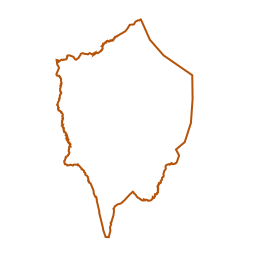 Tarlac, Tarlac, Philippines (Equal Earth projection), rotated 175°
{"feature_id": "2640588B80128813909947", "entity_name": "Tarlac", "entity_type": "district", "adm_level": 2, "iso_a3": "PHL", "parent_name": "Philippines", "parent_adm1": "Tarlac", "projection": "equal_earth", "projection_center": [120.673, 15.515], "detail": "fine", "context": "isolated", "style": "outline", "palette": "amber", "viewbox_px": 256, "rotation_deg": 175, "n_neighbors": 0, "source": "geoboundaries", "source_scale": "gbopen_adm2", "svg_char_len": 5814}
<svg xmlns="http://www.w3.org/2000/svg" viewBox="0 0 256 256"><g transform="rotate(175 128 128)"><path d="M164.1,46.3L161.7,30.8L161.6,28.7L159.8,21.4L156.7,20.9L154.4,27.4L154.6,28.5L154.5,30.9L153.7,32.5L153.2,33.1L153.6,34.5L153.5,35.0L152.9,35.3L153.0,35.8L152.5,36.1L152.2,37.2L150.1,42.3L149.3,45.9L149.1,48.7L149.4,48.9L148.1,50.6L147.8,51.3L146.5,51.8L145.4,52.7L141.5,53.5L137.7,56.4L131.8,61.8L128.7,64.1L128.0,63.2L127.8,62.4L126.4,61.2L126.2,60.8L125.3,59.0L124.2,57.8L121.9,56.2L121.9,55.9L121.1,55.4L120.8,55.0L119.5,54.4L119.1,54.9L118.8,55.1L117.9,54.6L117.9,54.8L118.3,55.3L118.3,55.5L117.0,55.0L115.5,54.8L114.8,54.5L114.5,53.8L111.9,53.8L110.4,54.7L109.8,55.4L109.4,57.0L108.3,56.0L107.8,56.4L107.8,57.1L107.1,57.7L107.2,58.7L106.8,59.2L106.8,59.6L105.5,59.4L105.1,60.0L104.6,60.0L104.1,60.7L104.4,61.2L103.6,61.7L103.6,62.8L103.8,63.7L103.7,63.9L103.3,64.1L103.4,64.8L103.2,65.1L103.5,65.6L103.2,66.4L103.6,66.6L103.5,67.0L103.7,67.3L103.3,68.0L102.9,68.1L102.8,68.6L102.6,68.5L102.3,68.8L102.1,69.5L101.8,69.6L101.7,69.9L102.0,70.1L101.9,70.4L101.4,70.2L100.9,70.3L100.8,70.6L100.6,70.8L100.3,70.5L100.2,70.6L100.6,70.8L100.1,71.4L100.2,72.1L99.7,72.5L99.6,72.9L99.0,73.1L98.9,73.5L98.5,74.0L98.4,75.5L97.7,76.1L97.0,76.3L96.7,76.8L96.6,77.6L96.7,78.8L96.6,79.7L95.9,81.0L95.6,82.1L94.7,83.0L93.9,84.1L93.8,84.5L94.1,86.0L93.6,87.1L93.0,87.6L92.9,87.9L92.2,87.9L90.9,88.4L90.5,88.4L89.9,87.8L89.3,88.0L88.9,88.3L88.6,88.8L87.7,89.2L87.3,88.4L87.0,88.6L86.6,88.2L85.2,88.0L84.2,88.5L83.9,88.8L83.6,88.6L82.4,89.6L79.5,96.2L82.1,102.4L72.7,109.0L64.9,127.5L61.1,151.4L59.4,175.0L86.2,197.2L98.5,214.0L105.7,235.0L105.9,235.1L107.2,234.2L107.5,234.4L108.3,234.4L110.3,233.8L111.5,233.0L113.1,230.7L117.3,230.6L119.7,227.3L122.3,224.5L124.0,223.8L126.0,222.7L126.7,222.6L129.9,220.9L130.3,220.9L130.7,220.6L131.1,220.1L131.8,220.2L132.3,219.9L132.7,220.0L133.2,219.6L133.4,218.9L133.7,219.0L133.9,218.3L134.5,217.9L134.4,217.6L134.6,217.2L135.0,216.9L135.2,217.1L135.4,216.7L135.5,216.5L136.1,216.5L136.3,216.6L136.3,216.3L136.5,216.3L137.2,216.4L137.6,216.3L137.7,216.8L138.0,216.9L138.7,215.9L139.0,215.8L139.6,216.2L140.1,215.9L140.7,216.2L141.0,216.7L141.7,216.4L142.2,215.7L142.2,215.3L142.5,214.9L143.3,215.2L143.8,214.5L144.4,214.3L144.7,213.7L145.3,214.0L145.3,213.7L145.6,213.6L145.8,213.0L146.3,212.5L145.6,212.6L146.5,210.6L146.3,209.6L146.6,209.4L146.7,208.7L147.0,208.1L147.4,207.7L147.8,207.9L148.4,207.3L148.6,206.7L149.1,206.6L151.5,205.2L152.6,205.7L155.6,204.0L154.5,205.8L157.4,204.5L159.7,206.0L161.5,204.8L162.8,205.4L164.7,205.6L166.4,206.5L168.0,206.2L168.7,205.8L169.2,204.6L170.2,203.6L171.0,202.2L172.8,201.2L173.5,200.6L174.5,200.9L175.5,202.2L176.1,203.6L180.0,205.5L181.4,205.4L181.6,205.2L181.9,205.4L182.4,205.0L182.6,203.1L183.0,202.8L183.3,202.0L183.5,201.9L185.0,201.6L186.5,201.7L187.2,201.4L188.2,201.9L188.8,201.7L191.2,200.0L191.8,201.5L193.2,202.0L193.0,197.7L192.6,196.5L192.0,195.7L191.5,193.8L194.6,188.0L194.6,187.0L194.0,186.3L193.2,186.3L192.8,186.0L192.1,186.0L191.4,185.1L191.6,184.6L190.7,183.7L190.8,183.2L190.4,182.5L190.7,181.1L190.5,180.1L190.5,179.5L190.2,178.8L190.5,177.9L190.9,177.8L190.8,177.5L191.0,177.5L191.1,176.8L191.3,176.6L191.2,176.3L191.4,176.1L191.3,175.9L191.7,175.8L191.5,174.5L191.8,174.0L192.3,172.8L192.2,170.0L191.6,169.7L191.4,169.0L191.7,168.4L191.6,168.2L192.7,167.3L192.8,166.6L193.1,166.3L193.3,164.9L193.3,163.9L193.7,163.8L194.2,163.2L193.9,162.1L194.2,161.8L194.5,161.0L195.0,160.6L195.8,158.9L196.0,157.9L196.5,157.6L196.6,157.3L196.0,157.1L196.0,156.6L195.8,156.2L195.9,154.6L195.3,154.3L195.5,153.7L195.6,152.9L196.0,152.9L196.0,152.3L195.1,151.5L195.0,151.1L194.4,151.0L193.7,150.5L193.5,149.5L192.9,149.6L192.7,148.9L191.8,147.4L191.8,146.4L192.5,145.6L192.0,144.4L192.2,144.0L191.8,143.7L191.8,143.1L191.9,142.9L192.2,143.3L192.5,143.0L192.3,142.5L193.1,140.9L192.8,140.5L193.2,139.9L193.2,138.6L193.5,138.4L193.4,138.1L193.2,137.9L193.1,137.5L193.2,137.2L193.2,136.9L193.1,136.6L192.6,136.7L192.9,136.1L193.3,135.9L193.0,135.7L193.2,135.1L192.7,134.1L192.4,134.3L191.9,133.6L192.4,133.2L192.0,132.5L192.3,132.1L192.4,131.1L192.2,130.8L191.8,130.6L191.9,130.0L191.9,129.4L191.4,129.3L191.2,129.1L191.0,129.3L190.6,129.0L190.6,128.6L189.8,127.3L190.4,126.5L190.2,126.4L190.6,126.2L190.3,125.8L190.2,126.1L190.0,125.4L189.7,125.4L189.8,125.1L189.5,125.1L189.6,124.6L189.4,125.0L189.1,124.4L189.1,124.1L189.3,124.3L189.6,123.9L189.6,123.7L189.4,123.5L189.8,123.4L189.7,123.0L190.0,122.9L189.6,122.5L189.8,122.2L189.5,122.1L189.4,122.0L189.5,121.8L189.6,121.3L189.8,121.2L189.7,121.0L189.4,120.9L189.3,121.1L189.3,120.9L189.1,120.9L189.1,120.7L188.8,120.8L188.9,120.6L188.7,120.3L188.8,119.4L188.7,119.4L188.7,119.0L188.5,118.5L188.4,118.6L188.0,118.3L187.7,118.4L187.7,118.1L186.7,116.9L187.5,116.1L187.2,115.0L186.9,114.8L186.8,114.5L188.1,114.3L188.4,114.1L188.4,113.4L188.5,112.7L188.5,112.0L188.9,111.5L189.1,109.9L188.7,109.0L188.5,108.9L188.6,108.1L188.9,107.8L189.2,107.0L189.9,106.7L189.9,106.2L190.4,105.7L191.6,104.8L191.9,104.7L192.2,104.8L192.4,104.6L192.3,104.4L192.6,104.2L192.6,103.8L192.8,103.8L193.0,103.0L193.5,101.8L193.9,100.9L194.2,100.9L194.5,100.5L194.4,99.5L194.2,98.0L194.0,97.6L193.7,97.8L192.9,97.1L192.0,96.8L191.8,96.4L191.8,96.0L191.6,95.9L188.0,96.4L186.2,95.4L185.3,96.2L184.0,96.2L182.6,95.9L181.5,95.9L181.4,95.7L181.1,96.1L177.7,91.6L177.9,91.3L177.8,90.9L176.7,90.3L175.7,89.4L175.5,88.8L175.6,88.1L174.9,87.2L174.6,87.1L174.4,86.4L174.6,85.5L174.5,85.1L173.0,83.9L172.8,83.6L172.6,83.1L172.3,82.9L172.2,82.4L172.2,81.5L171.9,80.5L172.3,79.4L172.2,78.8L171.9,77.9L171.5,78.1L171.2,76.8L170.1,76.1L167.8,68.7L167.8,65.9L166.7,62.4L166.3,62.1L165.8,62.2L165.3,60.6L165.3,60.2L165.5,60.2L165.4,58.0L163.8,47.0L164.1,46.3Z" fill="none" stroke="#b45309" stroke-width="2"/></g></svg>